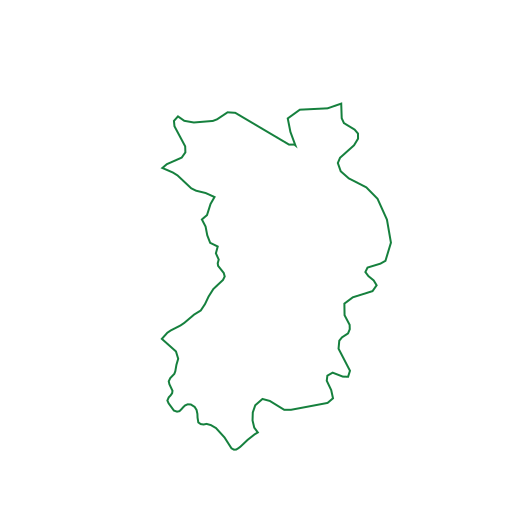 Rhône, Natural Earth projection, rotated 215°
{"feature_id": "FRA-5338", "entity_name": "Rhône", "entity_type": "Metropolitan department", "adm_level": 1, "iso_a3": "FRA", "parent_name": "France", "parent_adm1": "", "projection": "natural_earth1", "projection_center": [4.648, 45.872], "detail": "fine", "context": "isolated", "style": "outline", "palette": "green", "viewbox_px": 512, "rotation_deg": 215, "n_neighbors": 0, "source": "natural_earth", "source_scale": "10m", "svg_char_len": 1840}
<svg xmlns="http://www.w3.org/2000/svg" viewBox="0 0 512 512"><g transform="rotate(215 256 256)"><path d="M285.6,134.1L284.6,142.3L283.1,146.2L278.0,155.8L276.4,160.0L273.1,172.5L270.0,179.7L270.2,187.4L271.6,195.7L272.0,204.6L269.3,217.4L269.9,221.3L272.7,223.6L281.4,226.2L283.2,228.1L284.5,231.7L290.4,235.2L292.8,241.8L301.1,240.5L307.8,245.0L314.2,251.2L321.3,254.9L319.6,261.4L323.1,272.6L323.8,280.5L333.4,278.7L342.6,275.1L347.9,274.3L366.5,277.0L372.0,276.7L383.2,274.4L381.7,280.1L373.3,294.0L373.3,300.4L376.9,305.2L397.2,315.5L400.7,319.6L400.0,325.6L392.3,325.6L383.5,329.7L368.8,341.9L366.3,345.6L361.7,357.4L355.1,361.4L292.8,366.2L288.4,369.3L287.2,369.2L299.0,377.4L308.9,386.9L304.0,401.0L282.1,418.0L273.6,429.7L264.8,418.0L260.2,415.3L247.7,416.1L242.7,414.8L239.7,410.6L239.2,402.9L243.5,384.7L242.3,379.1L235.2,374.0L224.5,372.8L205.0,375.5L189.3,372.6L169.6,360.9L153.1,344.3L147.2,326.3L149.7,321.1L158.0,310.5L157.2,305.6L152.4,304.0L145.6,303.5L140.4,301.2L140.4,294.1L153.0,277.7L156.3,267.7L149.5,258.3L139.8,253.3L137.2,249.8L136.2,245.4L138.9,238.7L139.2,234.4L135.2,227.4L113.2,215.9L111.3,209.9L115.7,207.0L126.3,204.4L128.9,198.9L126.5,194.4L117.5,189.3L111.3,183.6L113.1,176.7L139.2,150.0L144.7,146.2L161.5,145.2L168.7,142.6L171.0,133.3L168.9,126.0L164.5,119.3L159.0,114.4L153.3,112.5L154.8,109.2L157.4,100.6L159.4,90.8L160.2,88.4L161.2,86.1L163.0,84.7L165.8,84.4L177.7,89.3L190.1,92.1L196.0,91.6L200.2,90.1L202.3,87.9L204.9,86.6L207.8,86.6L211.2,90.1L213.4,93.0L216.4,95.8L219.7,97.2L224.2,97.0L226.9,95.3L228.4,92.9L228.9,90.4L229.2,87.7L229.7,85.0L231.4,83.2L234.6,82.3L243.1,85.2L245.7,86.8L246.4,90.2L246.0,92.8L246.0,95.5L247.1,97.7L253.4,101.3L255.6,103.3L256.2,106.8L255.3,112.6L256.0,115.3L258.8,121.3L260.8,127.2L266.8,131.9L285.6,134.1Z" fill="none" stroke="#15803d" stroke-width="2"/></g></svg>